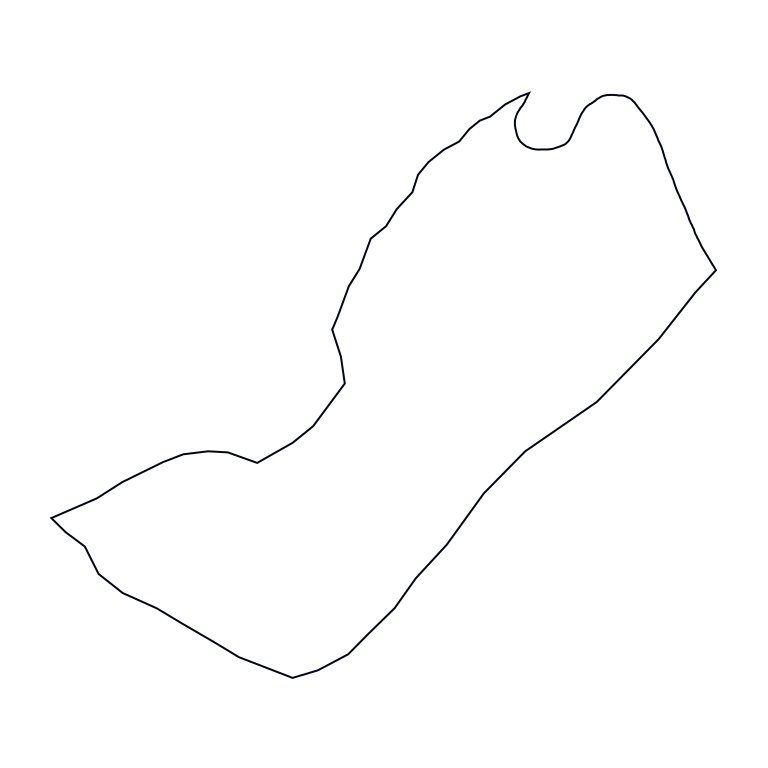 Changsong, P'yŏngan-bukto, North Korea, rotated 92°
{"feature_id": "82179303B23970649452661", "entity_name": "Changsong", "entity_type": "district", "adm_level": 2, "iso_a3": "PRK", "parent_name": "North Korea", "parent_adm1": "P'yŏngan-bukto", "projection": "equal_earth", "projection_center": [125.074, 40.388], "detail": "fine", "context": "isolated", "style": "outline", "palette": "ink", "viewbox_px": 768, "rotation_deg": 92, "n_neighbors": 0, "source": "geoboundaries", "source_scale": "gbopen_adm2", "svg_char_len": 3732}
<svg xmlns="http://www.w3.org/2000/svg" viewBox="0 0 768 768"><g transform="rotate(92 384 384)"><path d="M258.7,56.2L258.5,56.3L257.7,56.9L256.2,57.8L254.7,58.8L252.9,60.1L251.1,61.2L249.6,62.2L248.2,63.1L247.0,63.9L245.6,64.8L244.3,65.6L243.0,66.5L241.5,67.5L240.0,68.5L238.5,69.5L237.2,70.3L235.6,71.3L234.2,72.1L233.0,72.6L231.8,73.3L230.2,74.1L228.6,75.0L227.0,76.0L225.3,76.8L223.6,77.8L221.9,78.6L220.2,79.2L218.4,79.7L218.0,80.0L217.4,80.4L215.8,81.2L214.1,82.0L212.6,83.0L210.8,83.7L209.0,84.7L207.3,85.3L205.8,85.8L204.2,86.5L202.5,87.3L201.0,87.9L199.3,88.6L197.6,89.4L196.1,90.1L195.1,90.7L193.2,91.7L191.3,92.7L189.7,93.5L188.2,94.2L186.7,94.9L184.8,95.8L183.3,96.6L181.7,97.4L179.8,98.3L178.3,98.9L176.7,99.6L175.0,100.2L173.5,100.8L172.1,101.3L171.3,101.5L169.9,102.0L168.3,102.7L166.9,103.4L165.7,104.0L164.3,104.7L162.9,105.3L161.7,105.9L160.4,106.6L159.0,107.3L157.0,108.2L155.4,108.7L153.9,109.4L152.3,109.9L150.5,110.4L148.8,111.0L147.4,111.6L145.7,112.1L144.3,112.6L142.7,113.1L141.2,113.6L139.9,114.1L138.5,114.6L137.1,115.2L135.6,115.9L134.1,116.7L133.0,117.2L131.8,117.9L130.2,118.7L129.0,119.1L127.7,119.7L126.6,120.2L125.3,120.9L123.9,121.5L122.9,122.0L121.8,122.5L120.7,123.0L119.3,123.7L118.0,124.6L116.4,125.5L115.1,126.5L113.9,127.2L112.6,128.2L111.4,129.1L110.2,130.1L109.0,131.0L107.6,132.1L106.2,133.2L105.0,134.2L103.8,135.1L103.1,135.7L102.0,136.7L101.0,137.6L100.0,138.5L99.0,139.4L97.8,140.3L96.8,141.1L95.8,141.9L94.9,142.6L94.0,143.4L93.2,144.2L92.4,145.2L91.6,145.9L90.9,146.8L90.4,147.4L89.9,148.4L89.4,149.5L88.9,150.6L88.4,151.8L87.9,152.9L87.7,153.9L87.4,154.9L87.4,156.5L87.4,157.7L87.5,159.0L87.4,160.4L87.2,161.8L87.2,163.2L87.1,164.8L87.2,166.7L87.2,168.3L87.4,169.8L87.4,171.0L87.6,171.9L87.8,172.8L88.1,173.9L88.4,175.0L88.8,176.0L89.4,177.2L90.0,178.0L90.6,179.0L91.4,180.4L92.1,181.4L93.1,182.3L93.9,183.3L94.8,184.4L95.6,185.5L96.5,186.7L97.0,187.8L98.1,189.2L98.9,190.2L99.7,191.0L100.9,192.2L102.7,193.5L104.2,194.3L105.7,195.3L107.3,196.2L109.0,196.9L110.4,197.6L111.9,198.2L113.6,198.7L115.2,199.4L116.6,199.9L118.2,200.6L119.8,201.4L121.5,202.2L123.3,202.9L125.1,203.6L126.9,204.3L128.9,205.2L130.9,206.0L132.6,206.8L133.9,207.5L135.2,208.5L136.3,209.6L137.4,210.6L138.0,211.4L138.6,212.2L139.2,213.7L139.9,215.2L140.5,216.5L141.2,218.3L141.7,219.8L142.3,221.3L142.8,222.6L143.2,224.0L143.5,225.7L143.8,228.0L144.0,230.2L144.0,232.3L144.1,233.4L144.1,235.0L144.3,236.7L144.3,238.6L144.3,240.5L144.0,242.2L143.8,243.8L143.3,245.3L142.8,246.9L142.3,248.3L141.9,249.4L141.3,250.6L140.5,251.7L139.7,252.9L138.7,254.1L137.8,255.2L136.8,256.4L135.6,257.1L134.4,257.9L133.3,258.6L132.0,259.2L130.7,259.7L129.4,260.1L128.0,260.5L126.3,260.9L125.0,261.3L123.6,261.7L122.3,261.9L120.9,262.2L118.9,262.3L118.1,262.3L116.8,262.3L115.4,262.2L114.1,261.9L112.8,261.6L111.6,261.3L110.5,260.9L109.3,260.5L108.0,259.9L107.1,259.5L106.0,258.7L104.7,258.0L103.7,257.5L102.4,256.5L101.6,255.8L100.3,255.0L99.1,254.3L98.1,253.7L96.8,253.1L95.1,252.5L93.8,251.7L92.4,251.1L91.4,250.7L90.1,250.1L88.6,249.4L88.2,249.2L91.7,257.6L100.3,272.5L113.2,287.5L117.4,297.4L126.1,307.4L139.1,317.4L147.7,332.3L160.6,347.2L173.7,357.3L191.3,362.3L208.7,377.3L226.2,387.4L239.2,402.3L269.9,412.4L287.4,422.5L318.2,432.6L327.7,436.2L331.4,437.7L358.2,428.0L384.9,423.2L406.7,438.2L428.6,453.3L445.9,473.2L467.3,508.0L457.8,537.7L457.4,557.5L461.3,582.3L469.8,602.2L491.1,642.0L508.3,667.0L529.6,711.8L543.2,697.0L556.9,677.3L583.8,662.6L602.0,637.9L616.1,603.3L629.8,578.6L648.3,544.1L662.1,519.4L680.9,465.1L672.5,440.2L655.4,410.4L633.7,390.4L607.6,365.5L577.0,345.4L542.2,315.5L489.8,280.4L446.3,240.5L394.6,170.8L329.5,111.0L281.6,76.0L258.7,56.2Z" fill="none" stroke="#020617" stroke-width="2"/></g></svg>